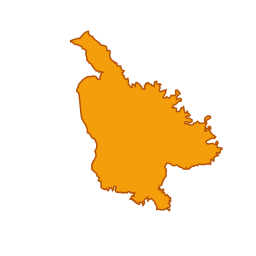 outline of Santa Maria do Oeste, Paraná, Brazil, rotated 209°
{"feature_id": "56859067B61626353113950", "entity_name": "Santa Maria do Oeste", "entity_type": "district", "adm_level": 2, "iso_a3": "BRA", "parent_name": "Brazil", "parent_adm1": "Paraná", "projection": "robinson", "projection_center": [-51.949, -24.903], "detail": "fine", "context": "isolated", "style": "filled", "palette": "amber", "viewbox_px": 256, "rotation_deg": 209, "n_neighbors": 0, "source": "geoboundaries", "source_scale": "gbopen_adm2", "svg_char_len": 5781}
<svg xmlns="http://www.w3.org/2000/svg" viewBox="0 0 256 256"><g transform="rotate(209 128 128)"><path d="M175.2,116.6L173.9,114.9L173.1,114.0L171.8,113.3L170.0,111.8L168.5,111.3L167.2,110.5L164.9,108.9L162.2,106.4L161.4,104.2L160.0,104.4L158.4,104.5L156.9,103.1L154.4,102.0L153.0,101.9L151.5,102.4L150.6,101.7L150.0,100.5L148.6,99.9L147.5,98.8L146.4,97.0L145.8,95.2L145.7,93.5L145.6,91.5L144.6,90.8L143.5,89.6L142.5,88.5L142.2,86.4L142.0,84.8L142.2,83.5L142.2,81.1L142.0,78.9L141.1,77.0L140.1,75.5L139.6,74.2L138.2,74.1L136.5,73.3L134.8,73.5L133.1,72.4L131.4,70.9L128.9,70.5L128.6,68.8L128.6,67.5L125.7,68.0L125.0,66.7L123.1,64.0L122.6,62.9L121.1,62.8L119.3,62.6L117.8,63.3L117.5,64.8L116.6,64.1L115.1,63.5L114.7,64.9L115.5,66.7L114.0,67.5L112.5,66.8L111.1,65.9L111.1,67.6L111.9,69.2L111.3,70.8L109.5,70.5L109.4,68.7L109.1,67.4L107.9,66.6L106.3,66.3L104.9,67.4L103.6,67.8L102.3,68.7L101.0,68.5L99.7,69.9L98.9,70.7L97.5,70.5L97.0,72.2L95.6,73.2L94.4,72.6L93.2,72.9L92.0,74.1L90.6,74.4L91.0,73.0L89.7,71.3L91.4,71.0L91.8,69.8L91.4,68.5L91.6,66.9L89.0,68.0L88.5,66.9L87.1,67.6L86.1,66.6L85.2,67.2L84.1,66.3L83.0,66.6L81.9,66.3L81.0,67.1L82.1,68.5L80.9,68.9L79.6,70.0L78.6,68.8L77.3,67.6L77.1,69.2L77.5,71.1L78.6,71.3L78.8,72.7L78.8,74.2L77.9,75.6L77.4,77.0L76.6,75.2L75.4,73.9L74.8,76.0L73.3,77.6L71.8,77.2L69.9,76.8L68.4,75.9L67.3,74.8L65.7,74.1L64.3,72.7L63.3,70.7L62.1,71.6L60.6,72.1L58.4,73.0L56.8,74.0L56.4,75.2L54.6,76.0L53.6,76.3L54.9,77.4L53.4,78.6L53.5,80.6L54.5,81.5L56.0,81.8L55.4,83.0L56.8,84.5L55.3,84.9L56.4,86.4L57.1,87.7L58.6,87.1L60.1,88.2L61.4,88.7L61.6,87.2L63.5,87.5L64.6,88.9L65.8,88.5L67.0,88.5L66.3,90.3L67.3,91.6L67.9,90.4L68.7,89.3L69.6,90.3L70.9,89.1L72.0,89.5L71.1,90.8L72.3,91.6L71.9,93.5L70.9,94.3L71.3,95.7L71.6,98.2L71.8,100.5L71.7,102.4L71.3,104.4L73.1,107.3L73.6,109.1L74.7,110.3L76.1,111.0L77.2,112.3L77.0,114.0L77.1,115.9L75.2,116.8L73.6,117.3L70.7,116.8L69.5,117.3L68.5,118.2L67.4,119.3L66.0,119.4L64.4,118.9L63.3,119.1L61.9,119.5L60.0,119.0L58.6,119.6L57.5,119.9L57.8,121.4L56.3,121.0L54.8,121.7L54.1,124.1L53.3,125.5L51.8,126.5L51.0,128.3L49.0,128.8L48.0,131.3L46.2,131.5L43.1,133.3L41.9,134.8L40.3,135.2L39.8,136.5L38.3,136.2L38.6,137.7L39.4,138.6L40.3,140.1L39.4,141.3L38.3,140.6L37.0,140.6L37.4,142.0L38.4,143.2L38.1,144.8L37.6,146.0L36.5,146.8L35.7,147.8L37.0,148.2L38.1,148.3L38.5,149.6L37.0,150.1L35.5,150.3L36.5,153.4L35.6,155.0L36.3,156.0L37.5,155.3L38.7,154.9L39.8,154.6L41.2,154.7L42.0,156.1L41.9,158.1L42.7,159.3L43.8,159.5L44.1,158.2L43.5,156.8L43.7,155.5L46.2,155.8L49.1,153.6L50.5,152.7L51.7,152.7L52.9,153.3L53.0,154.8L52.3,156.0L49.9,159.6L47.2,160.9L47.0,162.7L48.2,163.0L50.0,163.0L53.3,164.0L55.7,165.5L57.8,165.9L59.4,165.9L59.9,164.2L61.0,166.1L61.3,168.3L61.4,170.1L62.9,171.8L62.9,173.2L60.9,176.2L61.3,178.0L62.5,178.0L63.6,177.6L64.4,176.8L65.5,174.0L64.9,172.1L64.0,171.2L63.2,169.6L66.6,167.3L67.9,166.9L70.3,167.7L71.4,165.1L72.6,164.3L73.0,162.4L73.8,161.4L75.5,160.5L77.6,161.0L78.7,160.2L80.0,159.4L81.1,160.2L80.5,161.6L78.9,162.3L77.6,162.5L76.2,162.9L75.2,164.8L75.7,166.1L78.0,166.2L80.1,165.9L81.4,165.3L82.8,165.6L82.2,167.3L80.3,167.9L79.9,169.2L81.5,170.0L82.7,169.9L84.1,171.4L85.0,168.8L86.2,169.2L87.1,170.5L88.1,171.4L89.7,173.5L90.5,171.9L91.4,170.9L90.7,169.0L91.1,167.8L92.3,166.4L93.5,165.9L95.1,168.6L97.3,168.3L98.2,167.3L99.4,167.5L99.0,170.8L97.8,171.6L97.1,173.7L96.8,175.5L95.8,176.5L94.7,177.2L95.0,178.8L96.4,179.2L97.9,178.6L99.3,176.5L100.4,177.9L100.6,179.5L99.1,183.3L103.0,185.1L104.5,184.2L103.9,182.5L102.6,181.4L102.7,179.8L103.8,178.4L106.1,177.7L106.1,175.3L106.7,173.9L108.1,173.8L109.3,174.2L109.8,172.9L110.8,171.6L112.5,172.4L112.1,174.8L112.3,176.1L112.6,178.0L113.2,179.9L114.4,178.5L115.6,177.8L116.3,176.0L117.9,175.7L119.3,176.5L119.3,178.6L120.9,180.1L120.3,181.8L121.7,182.1L122.5,180.7L123.9,180.7L125.0,181.6L125.6,182.7L126.9,181.2L126.6,179.5L125.3,177.1L127.1,177.2L128.1,176.6L129.3,177.5L130.9,176.7L132.3,177.5L134.2,175.3L133.3,174.1L134.1,173.0L133.6,171.7L132.3,171.2L132.5,169.8L134.5,169.3L136.2,170.4L138.0,171.4L141.7,172.1L143.0,171.8L142.8,170.4L142.0,168.3L143.2,169.0L145.6,168.4L144.5,166.9L144.4,165.2L145.7,165.1L147.2,166.2L148.3,166.2L149.3,167.0L150.0,168.8L150.8,169.7L152.3,171.3L153.1,169.4L155.3,170.0L156.7,171.8L158.7,172.2L160.1,173.7L159.1,174.8L159.1,176.1L160.6,175.7L162.0,175.9L162.9,176.8L164.0,178.1L165.1,178.6L166.0,177.5L167.5,177.1L168.5,178.4L169.7,179.5L171.2,178.1L172.0,179.2L173.1,179.3L174.5,179.2L175.7,180.0L177.3,180.0L177.9,181.2L179.0,181.8L179.7,183.7L180.2,185.5L181.6,186.9L182.6,186.2L183.6,185.3L184.7,186.6L185.6,187.9L186.6,188.7L188.5,188.6L190.1,188.1L191.6,187.5L193.2,187.9L194.2,188.5L195.6,188.5L198.6,189.1L199.9,189.1L200.9,189.7L202.4,190.3L203.9,190.8L205.1,190.4L206.6,190.5L208.1,191.4L209.5,193.4L210.7,192.4L211.6,190.9L212.2,189.6L212.7,187.7L213.1,185.4L213.7,183.2L215.3,182.1L216.4,180.8L217.7,179.7L220.5,176.5L219.9,175.5L218.7,176.1L215.3,175.4L214.1,175.7L212.8,176.2L210.8,176.6L208.7,176.8L207.3,176.4L206.5,175.3L204.8,175.7L203.4,175.7L202.0,175.5L201.5,174.1L200.6,172.1L199.8,171.2L198.3,169.9L197.4,168.2L196.5,167.3L194.8,166.8L193.4,166.1L192.2,166.2L190.8,165.9L189.1,164.8L187.8,164.2L186.8,163.6L185.3,163.4L183.5,162.5L182.2,163.4L180.3,162.7L179.5,164.1L178.1,164.4L177.0,164.5L178.0,163.1L177.3,159.5L176.3,156.9L178.1,155.9L180.2,157.2L181.5,157.2L182.6,157.1L183.8,156.4L185.0,155.2L186.5,154.4L187.6,153.6L188.8,152.6L190.4,149.2L191.2,146.9L191.7,144.9L192.1,142.9L191.9,141.3L191.7,139.9L191.5,137.7L190.6,135.2L189.3,135.0L188.2,134.5L187.0,133.5L175.2,116.6ZM59.9,164.2L57.9,163.4L59.0,162.6L59.9,164.2ZM55.7,165.5L55.3,168.0L57.0,169.2L58.4,168.0L55.7,165.5ZM53.6,76.3L51.9,75.7L51.9,77.0L53.6,76.3Z" fill="#f59e0b" stroke="#b45309" stroke-width="1.5"/></g></svg>